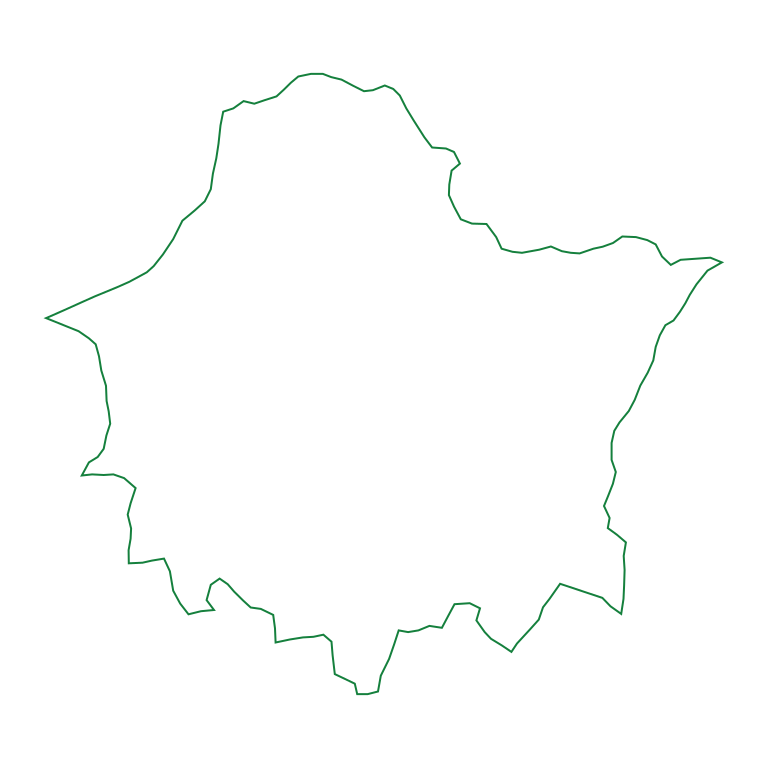 outline of Nova Ramada, Rio Grande do Sul, Brazil
{"feature_id": "56859067B54633042037879", "entity_name": "Nova Ramada", "entity_type": "district", "adm_level": 2, "iso_a3": "BRA", "parent_name": "Brazil", "parent_adm1": "Rio Grande do Sul", "projection": "mercator", "projection_center": [-53.7, -28.075], "detail": "fine", "context": "isolated", "style": "outline", "palette": "green", "viewbox_px": 768, "rotation_deg": 0, "n_neighbors": 0, "source": "geoboundaries", "source_scale": "gbopen_adm2", "svg_char_len": 2356}
<svg xmlns="http://www.w3.org/2000/svg" viewBox="0 0 768 768"><path d="M621.2,613.9L623.5,598.9L624.1,585.8L624.6,570.0L623.7,555.9L625.9,542.4L617.0,534.8L607.8,528.1L609.6,518.0L604.0,506.0L608.3,495.5L612.9,483.8L615.8,472.0L611.6,459.9L611.6,442.9L614.3,430.8L619.5,422.4L628.8,411.0L634.7,399.9L640.3,385.6L647.7,372.7L653.3,360.4L655.7,346.9L659.8,335.3L665.4,325.2L673.5,320.5L680.0,311.7L685.3,303.3L689.8,294.8L696.5,284.3L707.5,270.6L721.9,262.4L710.4,257.7L694.8,258.8L680.6,259.8L670.8,264.9L662.0,256.5L655.7,244.4L647.3,240.1L636.0,237.1L622.3,236.5L613.0,243.0L602.7,246.7L593.4,248.7L579.6,253.4L570.8,252.8L561.9,251.2L550.9,246.5L539.2,249.7L522.0,252.8L512.5,251.8L501.6,248.7L496.2,237.1L486.5,224.0L472.0,223.6L460.8,219.3L454.0,206.6L448.9,195.1L449.3,184.5L451.6,170.6L459.9,163.6L454.0,152.0L446.0,148.5L432.1,147.5L424.4,137.3L413.7,120.5L406.3,108.4L399.8,95.5L393.3,89.0L384.8,85.5L372.9,90.2L364.0,91.2L353.4,85.9L341.5,79.6L331.2,77.1L322.9,73.9L310.8,73.9L298.3,76.5L290.9,82.7L283.9,89.6L276.5,96.4L264.6,100.2L254.3,103.7L243.6,101.1L233.3,108.4L223.2,111.7L220.5,125.4L218.5,143.8L216.3,158.3L212.9,173.7L210.8,189.2L204.8,201.3L194.9,210.3L182.4,220.7L173.2,239.1L162.9,254.5L153.7,266.1L146.8,272.3L129.1,281.9L117.6,287.0L94.8,296.4L83.8,301.3L63.4,310.5L46.1,318.1L67.9,326.9L78.6,331.2L88.9,338.3L95.7,344.3L99.0,356.3L101.3,370.5L106.0,385.8L106.6,401.0L108.7,411.4L110.2,423.7L106.4,435.5L103.7,448.8L97.7,457.0L88.9,462.4L81.8,475.5L92.1,474.4L103.7,475.0L113.4,474.4L124.1,478.1L135.6,488.1L130.6,503.3L127.7,514.6L131.1,528.5L130.6,538.7L128.6,550.2L128.8,563.3L142.5,562.7L151.9,560.6L164.0,558.6L169.9,571.3L173.2,590.7L180.2,603.6L188.5,614.3L201.0,611.2L214.0,610.0L206.6,600.1L210.8,584.8L219.6,578.6L227.7,584.2L234.2,591.7L243.1,600.5L250.7,607.5L260.8,608.9L273.2,614.9L275.0,628.4L275.6,642.5L289.8,639.5L303.0,637.4L313.5,636.8L323.4,634.7L331.5,641.7L332.6,655.2L334.8,674.1L345.1,679.0L354.8,683.7L357.2,694.1L367.8,694.1L378.0,691.5L380.8,675.7L389.1,658.9L394.2,644.2L398.7,630.4L408.1,632.1L418.4,630.4L429.4,625.9L441.9,627.8L448.0,616.3L454.5,604.2L469.7,603.2L480.0,608.3L476.4,620.4L484.7,632.1L491.0,638.8L501.8,645.4L511.4,651.9L517.0,643.5L530.0,629.4L538.8,619.6L543.0,607.3L549.5,598.9L560.1,583.8L602.4,597.9L610.5,606.3L621.2,613.9Z" fill="none" stroke="#15803d" stroke-width="2"/></svg>